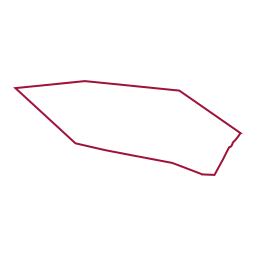 outline of Mount Erole, Praslin, Saint Lucia
{"feature_id": "8701671B18019835911399", "entity_name": "Mount Erole", "entity_type": "district", "adm_level": 2, "iso_a3": "LCA", "parent_name": "Saint Lucia", "parent_adm1": "Praslin", "projection": "robinson", "projection_center": [-60.91, 13.86], "detail": "fine", "context": "isolated", "style": "outline", "palette": "rose", "viewbox_px": 256, "rotation_deg": 0, "n_neighbors": 0, "source": "geoboundaries", "source_scale": "gbopen_adm2", "svg_char_len": 373}
<svg xmlns="http://www.w3.org/2000/svg" viewBox="0 0 256 256"><path d="M201.8,174.4L214.5,174.9L222.8,159.7L229.0,147.4L230.8,146.6L231.9,145.2L232.9,142.5L235.5,139.9L238.1,136.6L240.3,133.3L240.6,133.2L179.3,90.6L84.8,81.1L15.4,88.1L75.4,143.3L101.5,149.3L106.0,150.3L131.4,155.2L172.2,162.9L201.6,174.1L201.8,174.4Z" fill="none" stroke="#9f1239" stroke-width="2"/></svg>